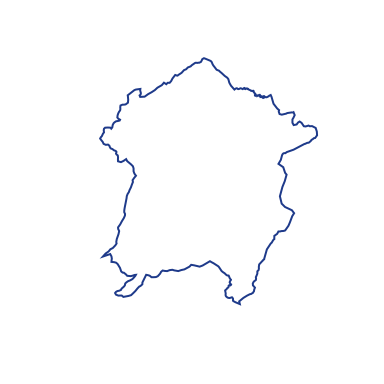 Okere, Eastern, Ghana, rotated 39°
{"feature_id": "2480657B59311092791004", "entity_name": "Okere", "entity_type": "district", "adm_level": 2, "iso_a3": "GHA", "parent_name": "Ghana", "parent_adm1": "Eastern", "projection": "equal_earth", "projection_center": [-0.101, 6.04], "detail": "fine", "context": "isolated", "style": "outline", "palette": "blue", "viewbox_px": 384, "rotation_deg": 39, "n_neighbors": 0, "source": "geoboundaries", "source_scale": "gbopen_adm2", "svg_char_len": 5885}
<svg xmlns="http://www.w3.org/2000/svg" viewBox="0 0 384 384"><g transform="rotate(39 192 192)"><path d="M302.6,230.1L301.8,228.8L301.1,226.7L298.1,226.2L296.8,224.8L296.4,222.8L297.0,220.2L296.4,219.1L295.2,218.0L294.9,216.7L294.2,214.4L293.6,213.6L292.9,212.8L292.7,212.4L292.7,212.1L292.9,211.3L292.9,210.9L292.7,210.4L292.1,209.3L291.1,208.2L289.8,206.0L290.1,201.0L290.2,200.8L290.1,200.1L290.2,199.6L290.4,199.0L290.4,198.8L290.2,198.6L286.3,189.5L285.6,182.4L285.8,181.5L285.8,181.0L285.7,180.4L285.4,178.6L285.4,177.6L285.5,177.1L285.6,176.8L283.6,174.3L284.5,170.9L284.0,168.3L285.3,167.2L286.0,166.2L287.4,164.9L288.0,164.2L288.6,163.2L288.2,157.5L287.2,154.0L285.1,147.7L284.7,144.2L281.1,143.3L273.7,145.1L269.0,144.6L263.0,140.0L259.1,131.2L257.3,125.3L254.6,119.0L252.3,118.5L247.3,115.3L241.5,115.7L240.8,111.1L239.1,107.3L238.8,106.6L238.7,106.0L238.6,105.3L238.7,104.6L238.9,104.2L239.2,103.8L239.8,103.3L240.1,103.1L240.5,101.4L244.3,95.2L249.2,83.8L249.6,83.4L250.6,81.3L251.6,80.3L251.8,79.9L252.2,77.5L252.1,76.2L252.6,75.0L252.8,73.6L253.7,72.5L253.5,69.2L251.0,66.5L247.8,64.4L243.9,65.2L242.1,66.8L240.8,67.0L239.0,69.6L237.5,70.5L233.6,69.3L231.3,69.5L230.7,71.3L230.8,73.7L228.9,76.0L226.5,75.0L224.4,72.4L224.1,70.4L223.4,67.6L220.7,66.1L220.5,66.7L219.6,67.2L216.7,70.3L216.2,71.0L215.9,71.8L213.1,75.4L211.0,76.3L208.9,75.0L208.7,74.7L208.2,73.6L205.7,73.5L199.8,72.1L193.9,68.0L192.1,67.1L191.4,68.6L191.3,69.5L191.0,70.0L190.9,70.4L190.4,71.4L189.2,72.1L188.7,73.1L188.0,72.1L187.7,72.1L187.5,72.3L187.6,72.5L187.5,73.6L187.9,73.8L187.8,74.2L187.4,74.2L187.1,73.9L187.0,74.0L186.5,73.5L185.8,73.9L185.7,74.1L185.9,74.3L185.8,74.8L185.5,75.1L185.3,74.9L185.0,74.2L184.8,74.1L184.6,74.2L184.6,74.8L184.4,74.9L183.9,74.0L183.6,73.8L183.3,74.0L183.1,74.2L183.0,74.5L183.1,74.9L182.4,75.9L182.2,76.5L182.0,76.4L181.8,76.4L181.4,76.1L181.1,76.4L181.1,76.7L180.9,77.1L180.6,77.1L180.5,77.4L180.2,77.4L179.8,77.0L179.9,76.3L179.4,75.8L177.7,75.7L177.1,75.4L177.0,75.2L176.8,75.1L176.2,74.7L175.8,74.8L175.6,75.4L175.5,75.6L175.3,75.7L174.7,75.8L174.3,76.2L173.8,76.1L170.7,76.9L170.5,76.6L169.5,76.9L169.1,77.4L169.0,77.9L168.7,78.5L168.4,78.6L168.2,78.6L167.6,78.1L167.2,78.2L167.0,78.6L166.7,80.1L166.3,80.2L164.6,80.7L164.2,81.2L163.9,82.0L163.6,82.5L163.1,83.0L162.6,83.1L161.7,83.1L161.3,83.4L160.8,84.3L160.5,85.7L155.1,84.8L154.4,84.4L153.4,84.1L152.1,83.5L149.2,81.4L147.4,81.0L144.4,81.2L140.0,80.9L137.9,80.9L136.8,80.7L134.2,81.5L130.5,80.6L129.1,80.3L127.7,79.8L125.5,78.6L124.2,78.4L122.9,78.7L118.5,80.0L117.1,80.5L116.4,82.2L117.1,85.1L117.0,85.3L116.4,86.8L115.7,87.4L115.2,88.0L114.8,88.4L113.8,89.0L113.4,89.4L113.1,90.0L112.0,93.8L111.9,95.2L110.4,97.8L110.2,100.3L109.1,102.3L108.9,106.0L107.7,109.7L107.6,110.4L107.5,110.7L106.8,111.1L105.8,111.4L105.3,111.6L105.4,116.1L106.0,118.9L105.9,121.2L104.4,122.4L104.3,123.1L104.2,124.4L101.4,124.7L101.3,128.0L99.5,132.7L99.0,136.2L97.8,139.9L96.3,143.6L95.2,147.7L91.9,150.7L90.5,149.9L90.6,149.5L90.7,148.9L90.6,148.4L90.4,147.9L90.0,147.3L87.8,145.7L87.0,144.4L84.0,147.6L83.6,148.2L83.1,149.1L81.2,157.3L82.0,158.0L84.4,160.5L86.0,162.9L85.3,165.7L84.1,167.0L83.0,167.9L82.3,169.2L82.0,169.8L82.9,171.3L84.1,172.6L84.8,173.9L84.8,175.4L85.2,177.3L85.9,179.2L87.1,181.1L88.7,181.4L90.6,181.1L90.8,182.0L89.6,183.6L88.5,184.8L88.0,186.4L87.8,187.6L87.8,187.9L88.2,189.8L89.4,192.0L89.4,193.6L88.2,193.3L86.1,194.8L84.0,196.7L83.8,198.2L84.5,199.5L86.1,201.1L86.1,202.6L86.8,205.4L86.7,207.0L87.0,208.3L89.3,208.9L90.9,209.2L93.0,210.2L95.3,209.6L96.9,208.0L98.6,208.0L99.7,208.7L101.3,209.3L103.2,208.7L105.1,208.7L106.9,208.1L108.1,208.4L108.8,210.0L109.7,210.3L111.3,210.3L112.7,211.6L114.1,213.5L115.2,214.7L118.0,213.5L119.2,211.0L120.1,207.9L122.2,208.8L127.3,208.9L129.9,209.2L131.7,210.4L133.6,212.7L135.6,213.9L136.6,214.2L138.2,214.6L138.2,217.7L138.4,220.2L139.8,221.4L140.7,224.3L141.6,226.8L142.3,229.9L143.0,231.8L143.2,234.0L143.9,236.2L145.1,238.1L149.7,246.8L150.8,248.7L152.0,250.3L153.8,251.2L154.7,252.5L155.4,255.0L155.9,258.8L156.6,262.5L156.8,266.0L157.9,267.2L160.0,268.2L161.4,271.0L163.2,276.0L164.6,278.5L165.8,279.5L166.0,281.7L165.7,285.4L164.6,287.9L164.6,290.7L163.6,294.1L163.4,298.2L167.5,291.7L169.9,292.7L171.6,294.2L172.5,295.7L173.4,297.0L175.7,295.5L177.5,294.7L179.6,294.8L183.8,296.3L187.0,298.3L188.8,298.3L189.8,297.6L192.5,297.6L194.4,297.9L197.4,295.9L198.5,294.4L199.6,292.6L200.5,291.7L200.7,292.7L200.7,294.7L200.5,297.2L199.4,299.9L198.5,301.4L197.9,303.4L197.7,305.1L198.6,306.9L198.6,308.4L198.1,311.4L198.4,312.9L197.5,314.6L196.4,315.9L195.8,317.4L195.8,318.9L197.5,319.6L199.9,318.9L202.5,316.7L204.7,316.7L208.1,312.7L209.6,310.5L209.9,308.2L210.3,304.7L210.3,301.2L210.5,298.7L211.1,297.5L211.5,295.0L210.4,293.5L208.5,285.2L209.8,284.5L211.7,283.7L214.1,283.7L216.2,282.0L217.5,280.8L218.4,279.0L218.6,275.5L218.2,273.5L218.6,271.5L220.5,270.5L222.5,269.1L223.8,266.8L225.7,264.8L227.5,264.1L231.1,262.1L232.8,259.4L234.8,256.9L237.0,251.6L237.2,249.1L239.7,247.7L244.9,245.2L246.5,242.5L249.5,234.5L251.6,234.2L253.6,233.8L259.2,233.2L260.3,233.4L264.8,234.8L266.8,234.8L268.4,234.6L270.2,234.8L271.3,234.8L272.1,234.6L273.0,233.9L273.6,234.1L275.1,235.0L276.7,235.6L277.4,235.6L277.6,235.9L277.7,237.5L278.1,238.5L279.5,239.2L279.9,239.3L280.6,239.2L280.7,239.3L280.7,240.1L280.5,240.6L279.8,240.8L279.6,241.0L279.5,241.3L279.5,242.0L280.0,242.5L280.3,243.3L279.9,244.6L280.0,245.9L279.7,247.1L279.7,247.3L279.8,247.8L280.7,248.5L282.0,249.6L282.9,250.9L283.5,251.4L284.3,251.7L285.8,251.7L286.7,251.5L287.7,250.9L288.1,250.5L289.1,249.0L289.3,248.7L289.6,248.6L291.0,249.1L291.3,249.4L292.0,250.4L292.4,250.7L292.8,250.8L294.0,250.5L294.9,250.4L299.7,249.0L297.5,247.3L298.6,241.9L300.0,237.9L301.3,235.0L302.0,234.2L302.2,233.8L302.6,232.5L302.8,232.2L302.7,231.4L302.6,230.1Z" fill="none" stroke="#1e3a8a" stroke-width="2"/></g></svg>